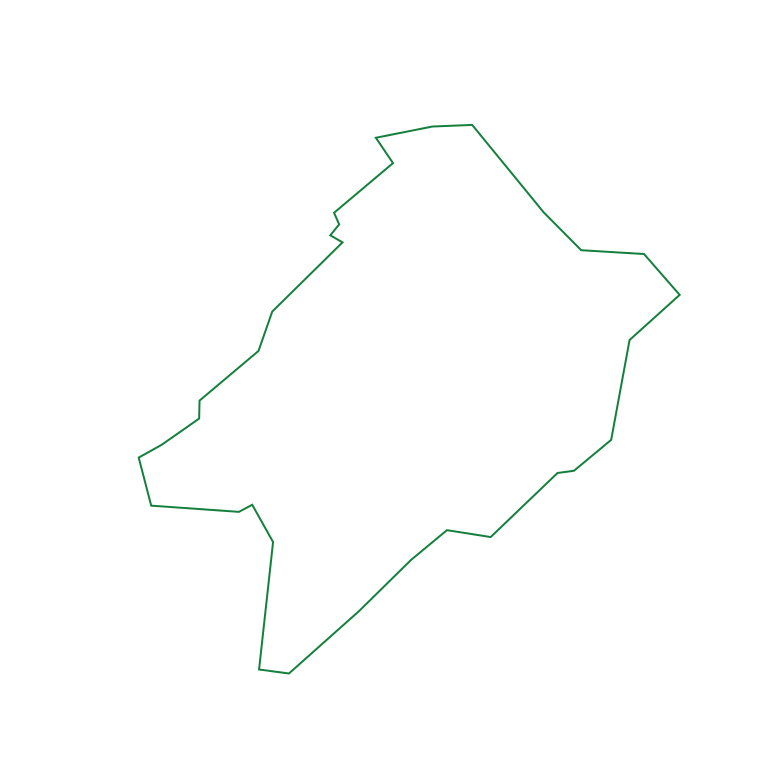 the district of Kurbin, Lezhë, Albania, rotated 319°
{"feature_id": "67620474B66777869203493", "entity_name": "Kurbin", "entity_type": "district", "adm_level": 2, "iso_a3": "ALB", "parent_name": "Albania", "parent_adm1": "Lezhë", "projection": "equal_earth", "projection_center": [19.688, 41.625], "detail": "fine", "context": "isolated", "style": "outline", "palette": "green", "viewbox_px": 768, "rotation_deg": 319, "n_neighbors": 0, "source": "geoboundaries", "source_scale": "gbopen_adm2", "svg_char_len": 586}
<svg xmlns="http://www.w3.org/2000/svg" viewBox="0 0 768 768"><g transform="rotate(319 384 384)"><path d="M150.6,278.6L128.5,323.1L190.6,385.3L205.3,388.7L196.6,430.5L102.4,517.5L122.3,540.1L216.4,539.0L289.0,534.5L335.6,535.6L364.1,569.5L456.6,565.0L470.4,574.1L518.8,575.2L598.2,511.9L665.6,510.7L665.5,456.5L620.6,412.4L617.9,371.1L617.1,359.3L618.5,313.8L620.5,246.3L589.4,221.4L539.4,192.8L535.7,223.2L458.6,222.0L454.9,234.1L441.0,236.6L445.6,249.9L347.2,256.0L311.0,276.7L233.9,275.5L221.8,288.8L176.3,284.0L150.6,278.6Z" fill="none" stroke="#15803d" stroke-width="2"/></g></svg>